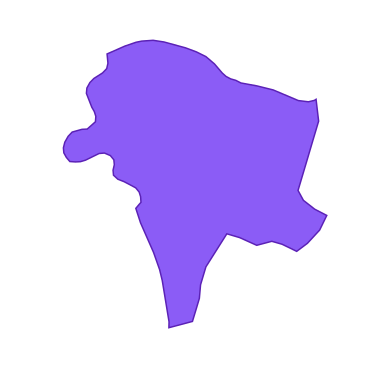 outline of Thosan, Hwanghae-bukto, North Korea, rotated 196°
{"feature_id": "82179303B9528454471639", "entity_name": "Thosan", "entity_type": "district", "adm_level": 2, "iso_a3": "PRK", "parent_name": "North Korea", "parent_adm1": "Hwanghae-bukto", "projection": "robinson", "projection_center": [126.762, 38.336], "detail": "fine", "context": "isolated", "style": "filled", "palette": "violet", "viewbox_px": 384, "rotation_deg": 196, "n_neighbors": 0, "source": "geoboundaries", "source_scale": "gbopen_adm2", "svg_char_len": 1196}
<svg xmlns="http://www.w3.org/2000/svg" viewBox="0 0 384 384"><g transform="rotate(196 192 192)"><path d="M239.3,165.7L241.5,160.8L233.0,148.2L212.3,123.3L201.7,108.4L196.2,98.7L178.3,60.9L176.8,55.2L155.9,67.7L155.7,81.1L155.6,91.8L158.2,105.2L158.0,123.9L152.5,142.6L147.0,161.4L133.7,161.3L115.1,158.6L101.7,166.6L91.0,166.6L75.0,163.8L66.9,174.5L58.8,190.6L56.0,206.6L69.3,209.3L82.6,214.7L90.5,222.7L90.2,252.2L90.0,276.2L89.8,295.0L98.3,315.3L99.6,313.8L105.0,310.8L115.0,309.2L142.1,312.5L158.7,311.9L175.0,310.3L180.7,311.4L186.0,311.4L191.2,312.5L195.7,314.7L205.7,321.3L216.0,326.0L226.4,327.9L238.0,328.8L260.3,328.5L271.2,327.1L281.9,323.2L287.1,320.5L296.7,313.8L311.7,301.3L308.3,292.6L308.0,287.1L310.8,281.8L317.6,274.1L320.3,269.1L321.7,263.0L320.7,257.7L311.7,245.9L308.1,242.4L305.3,238.2L304.2,232.9L310.1,223.6L315.1,221.9L323.7,216.6L326.4,211.4L328.0,204.8L327.8,199.0L326.0,194.3L322.3,190.6L317.8,187.6L312.3,188.8L307.6,190.4L303.2,193.2L291.9,203.4L286.9,205.3L280.5,204.5L276.0,201.4L274.2,196.8L273.9,191.2L272.1,186.5L266.7,183.8L260.1,183.2L247.3,180.5L242.8,177.4L240.1,173.3L238.2,168.0L239.3,165.7Z" fill="#8b5cf6" stroke="#5b21b6" stroke-width="1.5"/></g></svg>